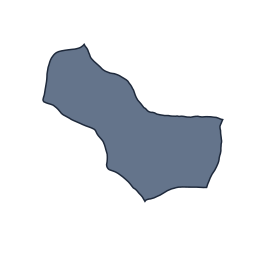 the district of Keren, Anseba, Eritrea, rotated 21°
{"feature_id": "51966322B84678224414542", "entity_name": "Keren", "entity_type": "district", "adm_level": 2, "iso_a3": "ERI", "parent_name": "Eritrea", "parent_adm1": "Anseba", "projection": "mercator", "projection_center": [38.411, 15.802], "detail": "fine", "context": "isolated", "style": "filled", "palette": "slate", "viewbox_px": 256, "rotation_deg": 21, "n_neighbors": 0, "source": "geoboundaries", "source_scale": "gbopen_adm2", "svg_char_len": 3063}
<svg xmlns="http://www.w3.org/2000/svg" viewBox="0 0 256 256"><g transform="rotate(21 128 128)"><path d="M222.9,116.1L221.8,113.2L221.4,111.7L220.7,109.6L220.4,107.6L219.9,106.3L219.1,104.9L218.4,103.5L216.5,100.0L215.2,97.0L214.2,95.6L213.5,94.1L213.2,93.3L213.2,92.4L213.2,91.1L213.3,90.1L213.3,88.3L213.4,86.2L211.5,86.5L208.9,86.4L206.5,86.5L204.6,87.1L201.2,87.9L198.9,88.7L196.9,89.4L193.1,91.2L190.6,91.8L189.1,92.0L187.2,92.8L185.3,93.8L184.4,94.4L182.5,95.6L181.8,95.7L179.2,96.6L175.9,97.2L173.7,97.8L171.5,98.9L169.6,99.2L168.1,100.0L166.6,100.5L165.2,101.0L163.5,101.5L161.3,101.9L159.6,102.5L157.9,103.2L155.5,103.7L153.7,104.1L153.1,104.2L151.2,104.5L149.7,104.7L148.0,104.4L146.7,104.4L145.3,104.6L143.8,105.2L141.8,105.3L139.9,104.9L138.5,104.1L137.0,103.5L135.5,103.3L133.2,101.9L131.6,100.9L127.1,98.5L124.8,96.6L123.6,95.4L122.6,94.3L121.7,93.2L119.5,90.6L118.3,89.7L116.3,87.9L114.8,86.8L113.1,85.8L111.0,84.3L108.9,83.6L106.3,83.1L103.3,82.6L101.4,82.2L99.7,82.1L98.1,82.1L95.7,82.2L93.7,82.7L91.6,83.1L88.8,83.1L87.0,83.1L85.4,82.9L84.0,82.6L82.5,82.1L80.2,81.0L76.4,79.5L72.4,78.0L69.7,76.7L68.0,75.7L67.2,74.9L66.5,74.1L65.6,73.0L64.4,71.8L62.4,69.5L61.1,68.4L60.0,67.7L58.7,67.0L57.1,65.6L56.5,67.2L55.8,68.3L55.4,69.0L54.8,69.7L54.1,70.5L52.7,71.6L51.0,72.8L49.9,73.5L47.1,74.9L43.9,76.6L41.2,78.1L39.7,79.0L38.5,79.7L37.5,80.4L36.2,81.3L35.4,82.0L34.7,82.7L34.0,83.5L33.3,84.6L32.6,86.1L32.1,87.7L31.5,90.0L31.3,92.0L31.3,94.5L31.5,96.5L31.7,100.0L32.5,104.0L33.1,106.7L34.0,109.3L34.6,111.2L35.4,114.3L36.0,117.3L36.8,121.3L37.4,124.1L38.0,127.1L38.1,128.8L38.2,130.2L38.3,130.8L38.4,131.5L38.6,132.3L39.1,132.9L39.5,133.3L40.2,133.7L41.3,133.7L42.2,133.8L43.5,133.8L45.2,133.7L47.5,133.5L49.0,133.5L49.6,133.5L50.4,133.6L51.3,133.9L53.9,134.7L56.2,135.7L59.1,137.3L60.2,138.0L61.0,138.3L61.7,138.6L62.5,138.8L63.5,139.0L65.2,139.2L70.2,139.9L71.9,140.3L74.5,140.5L79.0,140.7L81.6,140.8L84.3,141.0L87.8,141.1L91.9,141.0L93.9,141.0L96.3,141.2L97.2,141.4L98.2,141.8L99.4,142.8L100.3,143.7L101.3,144.6L102.0,145.1L103.0,145.8L106.2,147.5L108.0,148.5L108.7,148.9L109.8,149.7L111.1,151.1L111.8,151.8L113.5,153.9L114.9,155.9L116.3,157.7L116.6,158.1L117.5,159.3L117.9,159.8L119.1,162.5L119.9,164.7L120.6,167.1L121.0,169.1L121.1,169.8L121.4,170.4L121.8,171.1L122.4,171.9L123.1,172.5L124.0,173.1L124.7,173.4L125.6,173.6L126.3,173.6L126.8,173.6L129.5,173.5L131.9,173.5L134.9,173.9L140.4,175.4L144.3,176.8L147.6,178.1L149.9,179.3L152.5,180.9L154.4,182.0L156.3,182.4L156.9,182.5L158.9,183.4L161.7,185.0L164.1,186.1L166.1,187.2L166.7,187.7L170.1,190.4L170.4,189.2L171.1,188.3L172.1,187.5L172.9,186.9L174.4,186.1L177.3,183.9L179.6,181.5L182.0,179.1L184.2,176.3L187.3,172.3L190.5,169.2L192.5,167.8L194.3,166.4L196.4,165.1L198.1,164.4L199.8,163.6L203.1,162.4L205.9,161.4L209.4,160.1L213.0,158.7L217.0,157.4L219.8,156.5L222.7,155.3L222.5,151.9L222.6,148.6L222.6,145.4L223.0,141.1L224.1,136.3L224.5,132.7L224.7,128.6L224.6,126.6L224.3,124.8L223.9,123.4L223.5,120.7L223.4,118.7L222.9,116.1Z" fill="#64748b" stroke="#1e293b" stroke-width="1.5"/></g></svg>